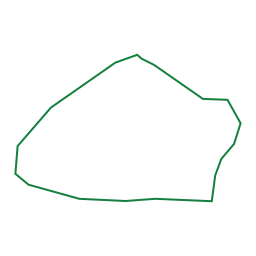 SVG path tracing the border of Gornji Grad
{"feature_id": "SVN-949", "entity_name": "Gornji Grad", "entity_type": "Municipality", "adm_level": 1, "iso_a3": "SVN", "parent_name": "Slovenia", "parent_adm1": "", "projection": "robinson", "projection_center": [14.802, 46.298], "detail": "fine", "context": "isolated", "style": "outline", "palette": "green", "viewbox_px": 256, "rotation_deg": 0, "n_neighbors": 0, "source": "natural_earth", "source_scale": "10m", "svg_char_len": 343}
<svg xmlns="http://www.w3.org/2000/svg" viewBox="0 0 256 256"><path d="M137.2,54.8L141.5,58.6L154.2,65.0L202.9,98.9L227.5,99.8L240.6,123.3L234.0,144.0L221.3,158.9L215.2,175.5L211.8,201.2L155.0,198.8L125.7,201.0L79.2,198.8L28.5,184.7L15.4,173.8L17.6,146.1L51.0,107.5L115.4,62.6L137.2,54.8Z" fill="none" stroke="#15803d" stroke-width="2"/></svg>